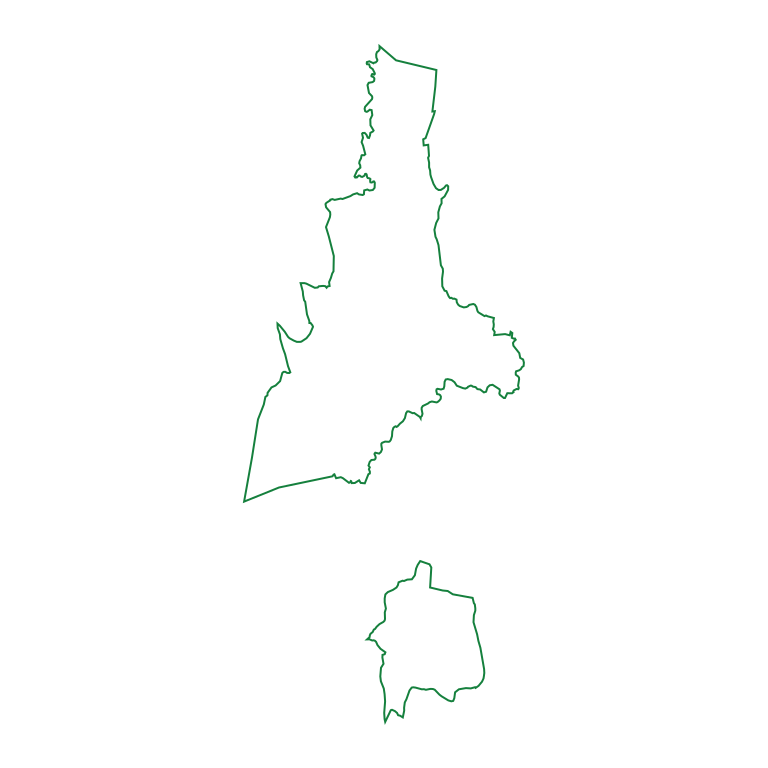 outline of Huehuetla, Puebla, Mexico
{"feature_id": "50627088B77344252061017", "entity_name": "Huehuetla", "entity_type": "district", "adm_level": 2, "iso_a3": "MEX", "parent_name": "Mexico", "parent_adm1": "Puebla", "projection": "equal_earth", "projection_center": [-97.616, 20.098], "detail": "fine", "context": "isolated", "style": "outline", "palette": "green", "viewbox_px": 768, "rotation_deg": 0, "n_neighbors": 0, "source": "geoboundaries", "source_scale": "gbopen_adm2", "svg_char_len": 6089}
<svg xmlns="http://www.w3.org/2000/svg" viewBox="0 0 768 768"><path d="M434.8,111.2L432.4,111.5L435.3,86.7L436.4,70.0L396.0,60.3L379.5,46.1L379.6,49.4L378.3,51.2L377.0,52.0L376.2,54.2L376.3,57.4L377.4,60.0L377.1,61.0L375.6,62.5L374.2,62.6L373.5,63.3L369.4,61.3L366.9,62.1L366.7,63.4L367.0,64.2L369.2,64.4L370.0,67.2L372.7,69.1L374.8,73.3L374.8,74.0L374.0,74.7L372.7,74.0L372.0,74.2L371.4,75.7L371.5,76.3L373.4,77.1L374.2,78.1L374.4,78.8L374.1,80.9L372.6,82.1L368.7,82.8L367.5,85.1L369.0,93.0L372.1,96.3L372.3,97.8L372.0,99.1L365.1,106.8L364.6,108.8L365.2,111.2L366.4,111.8L367.4,111.6L369.8,109.7L371.6,110.1L372.3,115.1L370.3,119.3L370.5,125.4L373.6,130.5L373.0,131.4L370.3,132.9L370.0,135.4L369.0,138.0L367.7,137.7L366.5,134.8L364.7,132.9L362.7,133.0L362.1,133.7L363.0,137.8L361.6,142.1L363.1,145.8L365.3,154.3L364.0,155.3L362.0,155.1L361.5,155.5L361.0,158.4L359.6,161.1L359.2,163.2L360.2,165.3L360.4,167.6L357.2,170.5L354.5,176.4L355.2,177.5L355.9,177.5L356.3,177.1L356.9,177.4L358.7,175.6L359.7,175.6L361.1,176.7L362.3,176.9L364.4,175.7L365.1,174.0L365.9,173.8L366.6,174.4L367.1,177.0L367.7,178.0L369.6,178.4L370.4,179.1L370.1,180.9L370.4,182.3L371.6,182.5L372.6,182.2L373.3,181.4L374.2,181.5L374.8,182.8L374.6,187.8L372.8,190.0L369.4,190.5L367.4,189.5L364.2,190.4L363.9,194.3L362.7,195.0L358.9,194.4L357.1,193.2L353.1,194.4L350.4,196.1L342.5,199.0L340.7,198.6L334.7,199.9L332.4,199.1L330.3,199.7L330.3,200.3L326.4,202.8L325.5,204.1L326.1,207.3L330.1,212.1L330.3,214.6L329.9,217.2L326.0,227.1L328.8,236.4L333.8,256.0L333.5,271.3L332.2,273.5L330.9,277.9L329.1,282.1L329.6,286.0L327.4,286.5L326.6,287.7L325.3,286.2L323.2,285.9L318.8,286.3L317.7,287.5L314.8,287.8L306.3,283.6L304.3,283.1L300.6,283.1L302.8,291.5L303.1,295.3L304.1,300.3L305.2,301.7L307.0,314.4L309.3,320.9L309.4,323.0L310.6,323.0L312.4,325.3L313.0,326.8L310.0,333.8L306.5,338.2L301.4,341.6L300.1,341.9L296.9,341.9L293.8,340.6L289.6,338.3L288.0,336.8L284.8,331.8L279.8,325.7L277.5,323.6L277.7,328.1L279.9,334.3L280.3,339.1L282.9,348.2L285.1,354.2L288.0,366.1L290.3,372.3L289.3,373.0L287.1,372.9L285.2,371.8L283.5,371.9L282.3,373.0L280.1,381.1L275.6,385.5L271.5,387.4L267.6,392.8L267.4,395.4L265.4,396.9L263.8,404.5L258.0,419.4L252.0,457.5L244.1,501.6L279.0,487.5L332.5,476.3L333.6,474.6L334.4,474.3L336.1,478.2L340.8,477.2L342.8,478.1L349.0,482.8L350.0,482.4L350.8,481.0L351.2,481.2L351.8,483.1L354.8,483.0L359.1,480.3L360.7,482.9L364.8,483.3L368.4,474.2L369.8,473.5L369.9,471.8L368.9,469.2L369.8,467.3L368.5,465.6L369.7,461.9L371.4,460.0L374.5,459.7L375.3,458.9L375.7,457.8L375.5,456.4L374.5,454.2L374.6,453.5L375.3,452.7L379.1,453.6L380.9,452.0L382.0,449.4L381.3,445.0L381.4,443.6L382.1,442.8L385.1,441.6L388.9,441.8L389.8,441.3L390.8,439.9L392.0,436.2L392.3,431.4L393.3,428.0L394.5,426.8L395.7,426.3L396.5,426.9L397.5,426.4L400.0,423.6L402.9,421.3L404.9,418.1L406.1,413.1L407.3,411.4L408.8,411.4L412.6,413.2L414.2,413.0L419.8,416.9L420.6,418.3L420.7,417.1L421.9,415.9L422.5,413.8L421.6,409.2L421.7,407.7L422.8,406.0L428.0,403.5L429.6,402.2L431.9,401.5L436.5,402.4L437.5,402.1L439.4,400.5L440.7,398.8L440.9,396.6L440.2,395.2L439.0,394.4L437.1,394.1L436.3,390.9L436.6,389.3L437.5,388.8L441.0,389.5L443.6,388.7L444.3,386.3L444.6,381.8L445.7,379.5L447.7,379.1L451.6,380.0L454.5,382.2L456.8,385.7L462.9,388.1L465.3,388.6L467.5,387.6L468.0,386.8L470.6,385.6L471.6,385.7L472.8,386.6L475.6,387.1L477.4,389.1L480.2,389.5L483.9,392.4L486.1,391.7L487.5,387.4L489.7,385.3L492.6,384.8L499.5,389.3L499.9,390.7L499.3,393.4L499.8,394.7L503.8,398.0L505.0,398.0L507.3,393.2L512.0,393.3L513.5,392.2L513.2,391.6L513.7,390.5L516.5,389.0L518.3,389.2L518.8,388.0L518.1,385.6L519.1,379.4L519.0,377.7L518.3,376.6L515.8,374.7L515.7,372.7L516.1,371.3L519.0,370.4L520.8,369.2L522.0,367.1L523.6,366.0L523.9,362.6L523.1,359.5L520.2,357.9L519.3,353.2L513.4,345.7L513.0,343.0L514.0,341.4L515.7,339.8L514.9,338.5L513.9,338.7L511.8,337.8L512.3,333.0L510.6,331.8L509.8,335.3L505.1,334.1L494.2,335.1L494.7,331.9L492.9,329.1L493.6,327.0L493.8,324.4L493.3,321.5L493.9,318.0L487.6,316.3L486.0,315.5L484.5,316.1L478.3,312.3L477.4,310.8L476.4,307.0L474.9,304.7L473.3,304.0L469.2,304.9L468.0,306.2L466.5,307.0L463.8,307.4L459.7,306.0L458.1,304.6L456.8,302.3L456.5,299.6L454.3,298.6L453.0,298.8L451.3,297.8L450.1,298.1L449.4,297.4L448.5,296.0L446.4,291.1L444.6,290.7L442.3,286.3L442.1,278.5L443.0,271.7L442.8,268.7L440.9,265.3L438.5,245.1L436.7,239.3L435.5,236.8L434.4,229.8L436.2,222.9L438.5,218.4L438.3,212.3L439.9,206.4L441.6,203.3L441.5,198.9L444.6,196.4L448.1,189.9L448.2,186.3L447.0,185.2L446.0,185.5L444.1,187.8L440.9,189.9L438.6,190.0L436.0,188.2L433.5,183.9L431.1,177.2L430.4,174.6L430.1,170.4L429.1,167.3L429.1,162.6L428.1,157.8L429.0,155.9L428.2,144.8L423.7,145.4L423.2,139.3L425.6,138.1L434.1,114.1L434.8,111.2ZM472.6,597.9L452.8,594.3L447.7,591.0L442.7,590.5L430.1,587.5L431.3,567.5L429.5,564.3L420.2,561.1L417.7,564.9L416.1,568.6L414.9,575.2L411.9,579.3L407.3,579.6L404.0,581.0L402.6,580.7L398.6,582.3L397.9,585.2L396.5,587.5L392.9,589.9L387.8,592.1L385.4,594.4L384.7,598.3L384.7,602.3L385.9,608.6L384.8,612.3L385.0,619.0L384.6,620.6L383.4,621.9L379.5,624.1L376.6,626.8L375.1,628.9L373.8,629.6L372.7,632.0L370.5,633.8L369.8,635.4L369.6,637.1L367.1,639.4L369.5,639.3L372.2,640.5L373.7,640.3L375.0,640.8L376.1,641.9L377.5,645.1L380.5,648.8L385.4,652.3L384.7,654.2L382.5,654.9L382.4,657.6L383.5,663.8L381.0,667.8L380.3,676.4L380.9,681.3L383.8,688.6L384.6,694.2L385.1,701.4L384.2,712.9L384.6,719.1L385.2,721.9L390.8,710.2L392.0,709.8L394.9,711.1L397.1,713.0L398.1,715.2L400.1,715.7L402.8,717.4L404.2,710.6L404.1,707.8L404.8,702.4L406.4,699.3L409.5,690.5L411.7,687.6L413.2,687.3L415.5,687.6L421.8,689.3L424.0,689.2L425.9,689.8L430.3,688.9L432.9,689.0L434.7,689.7L439.4,694.6L441.6,696.3L448.3,700.4L451.3,701.3L453.2,700.9L454.3,698.2L455.1,692.3L458.9,689.3L465.9,688.1L470.8,688.4L475.1,687.2L475.6,687.9L478.5,685.9L482.0,681.7L483.5,678.5L483.9,676.1L484.3,673.0L484.1,669.1L480.4,647.8L478.4,640.9L477.1,634.3L473.5,622.2L473.9,615.1L475.3,610.7L475.3,608.2L474.8,604.4L473.9,603.2L472.6,597.9Z" fill="none" stroke="#15803d" stroke-width="2"/></svg>